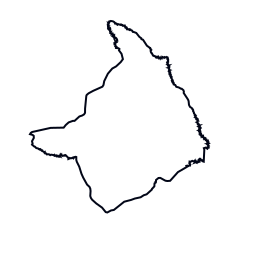 Pla Pak, Nakhon Phanom, Thailand (Robinson projection), rotated 308°
{"feature_id": "78962969B9845696572141", "entity_name": "Pla Pak", "entity_type": "district", "adm_level": 2, "iso_a3": "THA", "parent_name": "Thailand", "parent_adm1": "Nakhon Phanom", "projection": "robinson", "projection_center": [104.578, 17.203], "detail": "fine", "context": "isolated", "style": "outline", "palette": "ink", "viewbox_px": 256, "rotation_deg": 308, "n_neighbors": 0, "source": "geoboundaries", "source_scale": "gbopen_adm2", "svg_char_len": 5855}
<svg xmlns="http://www.w3.org/2000/svg" viewBox="0 0 256 256"><g transform="rotate(308 128 128)"><path d="M57.2,80.2L58.6,81.8L58.7,83.4L59.6,83.8L60.8,85.9L60.8,86.6L61.3,86.6L61.0,87.3L61.6,87.6L61.6,88.4L62.1,88.4L61.9,89.3L62.4,89.4L62.2,89.8L62.8,91.2L63.4,90.9L63.6,91.6L63.8,90.9L65.0,91.4L65.5,91.2L65.3,92.1L65.7,92.1L65.4,92.4L65.8,93.7L66.2,93.6L67.0,94.7L67.6,94.9L67.5,95.4L68.2,95.6L67.7,99.4L67.2,99.8L67.6,99.9L67.4,100.4L68.6,100.6L68.9,101.7L70.3,102.5L70.4,103.5L71.2,103.2L71.4,103.7L72.0,103.6L73.1,104.5L73.3,105.1L71.0,106.9L69.9,108.4L67.5,113.4L63.3,119.5L61.3,123.3L58.2,130.6L57.9,133.9L57.0,135.6L55.3,137.3L51.2,140.1L50.1,141.7L49.4,143.8L49.0,149.4L49.3,156.6L48.0,162.2L48.7,163.7L52.6,165.4L54.7,167.3L67.6,170.4L73.2,174.7L76.6,176.8L81.2,180.6L84.7,181.8L87.2,183.5L94.1,184.7L94.7,184.4L98.2,184.7L100.7,183.0L101.9,183.4L102.3,182.9L102.7,183.2L104.3,182.1L107.4,182.8L108.6,184.3L109.5,189.9L110.4,191.6L112.3,193.7L124.0,194.5L133.5,198.3L134.1,197.3L134.9,197.9L135.2,199.1L136.6,199.4L136.7,199.9L137.5,199.6L137.4,199.1L138.7,198.1L138.4,197.8L139.1,197.4L139.1,197.8L139.8,197.7L140.1,198.2L141.6,198.8L141.6,199.2L142.2,200.1L142.2,200.8L143.1,200.7L143.0,201.4L142.5,201.5L142.6,202.0L142.1,202.0L142.6,202.3L142.8,203.2L143.4,202.7L143.1,203.5L143.6,204.0L144.7,204.5L145.5,204.5L145.3,205.0L145.5,205.2L146.2,204.7L145.9,204.1L146.9,204.3L146.5,203.3L147.9,203.4L148.3,204.0L147.5,204.8L148.0,205.7L147.8,206.3L148.6,206.7L147.8,207.5L148.1,208.4L158.0,201.4L158.8,200.2L160.4,201.3L160.5,203.3L161.4,203.3L161.8,202.5L162.3,202.7L162.1,202.9L162.4,203.4L163.2,202.3L163.6,202.5L163.8,201.1L164.0,201.5L164.3,200.9L165.2,201.1L164.6,200.0L165.7,200.6L165.8,200.1L166.0,200.4L166.5,200.0L166.4,199.2L166.9,198.9L166.4,198.6L166.8,198.3L166.4,198.0L166.8,197.4L166.5,197.0L167.1,196.7L166.8,196.1L167.1,195.8L166.6,195.4L167.1,195.2L166.6,194.8L167.2,194.5L166.9,194.2L167.2,194.1L167.3,193.4L166.9,192.6L168.2,191.8L167.7,191.1L167.2,191.1L167.4,190.6L166.8,190.7L167.2,190.2L167.1,189.2L167.6,189.5L167.7,189.0L168.1,189.1L168.2,188.7L168.7,188.7L168.8,188.1L168.2,188.1L168.1,187.7L169.4,187.3L168.9,186.3L169.2,185.7L169.8,185.9L169.6,185.2L170.6,185.8L170.9,184.8L171.4,184.8L171.3,185.4L171.8,185.3L171.9,184.3L172.9,185.0L173.1,184.4L172.6,184.0L173.2,183.1L172.9,182.5L174.0,182.8L173.8,182.6L174.5,181.7L174.7,180.6L174.1,180.4L175.1,179.1L175.0,178.7L175.7,179.0L176.6,178.3L176.8,178.5L176.9,177.8L177.1,178.2L177.9,177.6L177.6,176.9L177.8,176.7L177.4,176.4L177.9,176.1L177.9,175.3L178.3,175.0L177.9,174.1L178.6,174.1L179.0,173.3L179.4,173.4L179.3,172.9L179.7,172.9L180.1,171.0L180.9,170.3L181.2,169.1L182.1,168.5L182.3,167.5L182.6,167.5L183.0,165.8L182.8,164.0L183.2,163.0L183.8,161.8L186.5,159.2L187.3,157.9L189.9,150.3L191.1,149.6L191.9,148.4L192.0,146.1L191.6,145.7L191.2,143.0L190.2,140.7L191.0,138.8L190.5,137.3L191.0,137.0L190.9,136.3L191.7,135.5L191.4,134.9L191.8,134.2L192.2,134.9L192.7,133.5L193.2,133.7L194.0,131.4L194.7,131.2L194.4,130.7L195.1,130.4L195.0,129.5L195.7,129.3L195.7,128.0L196.5,127.8L196.4,127.3L196.8,127.3L197.0,126.9L197.1,127.4L197.4,126.8L197.6,127.2L197.9,127.0L198.0,126.7L197.5,126.3L197.7,125.3L198.5,125.3L198.7,124.9L199.4,125.3L199.2,124.6L200.4,123.4L200.2,122.7L200.9,123.2L201.2,122.7L201.4,123.0L201.1,123.2L201.6,123.0L201.7,121.7L202.3,121.8L201.8,121.4L201.8,121.0L202.7,120.9L202.7,120.3L203.1,119.8L202.8,119.5L203.6,119.4L203.8,118.4L204.6,118.4L205.0,118.8L205.9,117.9L206.1,118.6L206.3,117.1L206.9,117.2L208.0,115.8L207.8,114.9L207.1,115.0L206.7,113.7L205.7,113.4L206.0,112.9L205.5,112.7L205.1,111.1L203.6,111.8L203.3,111.1L202.8,110.9L203.1,110.3L202.7,110.4L202.9,110.0L202.4,109.6L202.7,108.5L202.2,108.7L202.3,108.4L202.0,108.3L202.2,107.7L201.7,107.7L201.7,106.9L201.3,106.9L201.5,106.4L201.3,105.8L201.0,105.9L201.2,104.9L200.5,103.6L200.8,103.3L200.7,102.6L201.6,100.9L201.4,100.6L201.8,99.5L202.7,98.3L203.8,98.3L203.8,97.5L204.3,97.2L204.7,96.3L204.4,96.0L204.6,95.7L204.5,92.2L206.8,85.5L206.3,83.9L206.9,83.2L206.8,80.9L208.0,76.0L207.3,73.7L206.7,72.6L207.3,71.4L206.9,70.2L207.1,69.5L206.1,68.9L206.1,68.0L206.4,67.9L205.3,66.7L205.6,66.4L205.4,66.1L206.0,65.6L205.8,65.3L206.2,65.0L205.9,64.6L206.3,64.4L206.3,63.9L205.8,63.7L206.6,62.6L206.1,62.4L206.3,61.7L205.4,61.1L205.7,60.1L205.2,59.7L205.3,58.7L204.6,58.6L203.9,56.5L202.8,56.1L202.9,55.6L203.4,55.8L203.1,54.2L202.6,53.7L202.9,53.4L202.9,52.9L202.6,53.0L203.0,51.9L202.8,50.5L201.8,48.6L200.4,47.6L199.9,48.1L199.6,47.9L199.1,48.2L198.8,47.6L198.5,48.3L197.5,48.2L197.3,49.1L196.9,48.6L195.5,49.9L195.7,50.5L195.0,50.4L194.7,50.9L194.0,51.1L193.9,51.5L194.7,51.4L194.3,51.9L194.5,52.7L195.2,52.2L195.6,52.5L195.0,53.2L194.3,52.9L193.8,53.3L193.5,54.2L193.1,54.4L193.5,55.1L192.6,55.1L192.5,55.6L192.0,55.7L192.4,56.6L191.8,57.1L192.6,57.3L192.6,57.7L192.9,57.8L192.4,58.6L191.6,58.3L192.3,59.1L191.6,59.1L191.4,60.0L190.8,59.6L190.8,60.4L191.4,60.6L191.2,60.7L191.3,61.3L190.8,61.2L190.5,61.6L191.3,61.8L191.4,62.2L190.3,62.7L191.5,63.6L191.0,64.9L190.1,65.9L189.0,65.0L188.7,65.1L188.6,64.5L188.0,65.3L188.1,65.9L186.6,65.1L186.5,65.7L186.1,65.5L185.7,65.8L186.1,66.3L185.6,67.2L184.6,67.6L184.8,68.4L184.3,68.7L184.6,69.3L183.8,69.5L185.0,71.4L185.0,72.6L183.6,73.1L182.5,77.2L179.1,81.6L175.5,81.7L169.2,80.7L165.2,79.0L158.4,78.7L150.3,80.4L146.8,82.2L144.8,82.4L135.9,77.7L131.1,75.6L128.7,75.1L127.6,75.4L116.9,82.2L113.5,84.8L111.7,85.0L109.6,84.2L107.2,82.6L100.7,81.5L99.7,80.2L95.9,77.8L92.0,77.1L88.7,77.1L80.5,67.0L65.8,54.9L64.3,54.4L62.8,54.6L63.8,57.0L63.8,58.5L62.2,59.9L58.5,60.5L57.0,62.4L55.8,62.6L55.7,65.7L56.0,66.3L55.7,68.1L56.5,69.6L56.4,70.7L57.1,71.4L56.8,71.8L57.3,72.2L57.0,72.7L57.5,73.9L57.0,74.1L57.0,74.6L57.5,76.1L57.2,77.0L57.6,77.2L57.2,77.4L57.3,78.1L57.0,78.3L57.6,79.4L57.2,80.2Z" fill="none" stroke="#020617" stroke-width="2"/></g></svg>